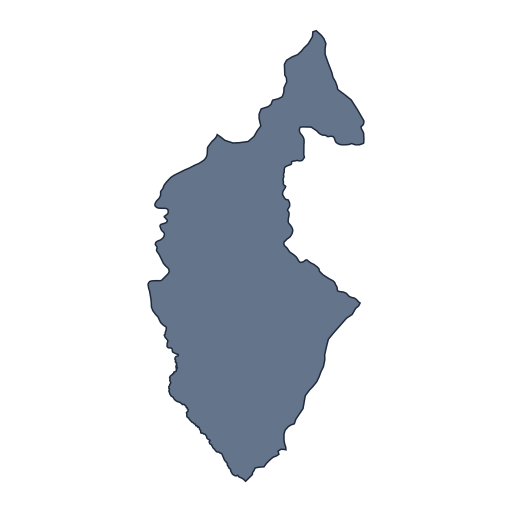 Guatapé, Antioquia, Colombia (orthographic projection)
{"feature_id": "7082276B10877531566234", "entity_name": "Guatapé", "entity_type": "district", "adm_level": 2, "iso_a3": "COL", "parent_name": "Colombia", "parent_adm1": "Antioquia", "projection": "orthographic", "projection_center": [-75.163, 6.253], "detail": "fine", "context": "isolated", "style": "filled", "palette": "slate", "viewbox_px": 512, "rotation_deg": 0, "n_neighbors": 0, "source": "geoboundaries", "source_scale": "gbopen_adm2", "svg_char_len": 6066}
<svg xmlns="http://www.w3.org/2000/svg" viewBox="0 0 512 512"><path d="M363.9,120.9L357.3,109.5L351.2,99.9L344.3,94.4L337.7,89.5L337.1,86.2L335.5,81.8L333.0,77.4L331.8,72.5L327.9,62.3L325.1,54.3L325.1,48.6L325.9,43.6L323.9,38.7L321.4,35.4L316.2,30.7L312.9,31.8L312.4,36.8L308.1,44.0L304.3,47.6L301.3,51.2L297.7,54.6L292.3,56.8L286.6,60.2L284.4,64.3L284.8,75.1L286.4,77.8L286.7,81.9L284.0,87.7L283.8,92.4L282.2,96.8L278.1,98.8L272.6,100.2L271.0,104.4L268.3,106.6L261.2,108.9L259.1,114.1L259.1,118.5L260.8,126.0L257.3,130.7L254.0,136.5L248.1,141.5L239.3,142.7L233.0,143.0L224.8,140.3L220.7,137.0L217.2,134.6L216.6,136.2L216.2,137.0L214.3,139.4L212.5,140.9L211.6,141.9L207.9,146.9L207.5,147.9L207.2,154.0L206.9,155.3L206.2,157.3L205.3,158.6L203.8,160.3L199.0,163.4L194.8,165.2L189.0,168.2L184.9,169.9L175.8,174.4L173.7,175.5L170.8,177.5L166.5,182.0L164.6,184.5L163.9,185.7L162.8,188.7L160.7,191.4L160.6,192.2L160.6,195.0L160.2,196.3L159.3,198.1L156.6,200.9L155.1,203.5L154.9,204.4L155.0,205.8L156.5,207.3L158.0,208.0L159.4,208.2L165.9,208.4L167.5,209.1L168.0,209.8L168.2,212.1L168.0,213.1L167.6,213.9L164.3,216.4L164.2,216.8L167.2,220.1L167.2,221.3L166.4,222.4L165.7,222.9L160.9,224.4L160.1,225.3L160.0,226.4L161.2,229.7L162.2,231.0L163.8,232.5L164.1,233.1L164.4,234.0L164.4,234.9L163.9,236.3L163.3,237.6L161.4,239.3L160.2,240.1L158.2,240.8L156.5,241.7L155.6,242.8L155.3,244.0L155.4,244.7L157.1,247.2L157.1,247.8L156.5,249.9L156.7,250.9L159.3,254.8L163.5,263.5L165.6,265.9L168.1,268.2L168.8,269.4L169.2,271.3L168.7,272.8L167.8,274.1L161.6,280.3L160.3,280.7L154.1,280.7L151.2,281.0L150.4,281.3L149.6,281.6L148.4,283.2L148.1,284.2L148.1,285.3L148.8,288.9L149.5,290.7L150.9,298.9L151.3,303.0L151.4,306.8L152.8,310.6L155.6,314.4L158.0,316.9L160.0,321.3L160.8,322.7L162.7,324.6L164.4,325.9L165.5,326.5L166.3,327.3L166.2,329.7L165.2,332.7L165.3,334.0L164.2,335.1L165.4,337.8L166.3,338.5L167.9,340.8L167.1,343.8L167.1,346.6L167.9,347.5L168.9,347.9L170.9,348.0L171.4,348.2L172.1,349.0L172.5,351.7L172.7,352.0L173.8,352.7L177.1,354.2L178.1,354.4L178.3,354.7L178.2,355.5L177.9,356.0L176.3,356.4L175.6,357.0L175.2,357.6L175.0,358.4L175.0,359.5L175.7,360.2L175.3,361.7L175.6,362.2L176.5,362.7L176.6,363.0L176.3,363.6L176.3,364.1L176.7,364.6L176.8,365.1L176.0,366.0L175.9,366.6L176.1,366.9L177.0,367.0L177.3,367.6L177.1,368.0L176.2,368.2L176.7,369.0L176.7,369.5L176.2,369.9L176.3,371.1L174.9,371.8L174.0,372.0L173.8,372.4L173.7,373.5L172.6,373.9L172.4,374.5L170.5,375.9L169.6,377.4L169.6,377.7L170.0,378.6L169.8,380.7L170.6,382.1L170.7,383.0L169.8,384.5L169.4,385.9L168.9,386.5L168.8,388.1L169.5,389.1L169.4,389.7L169.0,390.3L168.9,391.3L169.3,392.0L169.8,393.9L171.1,396.0L173.1,397.2L174.2,399.1L175.1,400.1L176.5,401.1L177.7,401.7L179.8,402.3L181.6,403.6L182.3,404.5L183.0,404.6L183.4,404.3L184.2,404.4L185.3,405.7L186.2,406.4L186.3,407.4L187.2,407.7L187.2,408.8L188.1,409.4L188.2,409.9L188.1,410.9L186.5,412.5L186.5,413.0L186.8,413.7L186.8,416.1L187.1,417.0L188.8,418.3L189.4,419.4L192.0,422.2L193.3,422.8L194.3,423.9L195.2,424.1L195.5,424.7L195.8,425.7L197.1,425.9L197.5,426.8L197.9,427.3L198.3,427.2L198.5,427.0L199.4,427.9L199.5,429.3L200.6,430.5L200.7,432.5L200.9,432.9L201.5,433.2L202.7,433.2L203.7,434.0L205.0,434.2L205.5,434.6L206.0,435.6L206.6,436.3L206.8,437.8L207.0,438.2L208.1,439.2L210.1,440.3L209.2,441.7L209.3,442.5L209.9,443.8L211.5,444.8L212.8,447.4L213.5,448.4L214.8,449.4L215.4,450.6L216.9,451.9L219.0,452.2L220.2,453.1L221.2,453.4L222.0,454.1L224.4,459.9L227.3,463.5L227.4,465.3L228.5,466.8L228.9,468.0L229.8,468.6L230.5,469.4L230.9,471.3L232.4,474.0L233.3,474.8L235.1,475.7L236.3,475.9L237.0,475.7L237.7,475.3L239.1,477.0L242.2,478.3L244.2,479.8L245.2,481.0L245.6,481.3L252.4,474.5L252.5,472.6L253.9,470.7L255.2,467.9L259.6,467.1L264.0,466.8L266.4,463.4L269.7,460.1L272.9,457.3L276.5,455.9L278.9,454.3L278.1,451.2L280.8,449.3L283.3,449.3L286.0,449.8L285.7,447.0L284.6,443.7L284.0,440.2L284.0,434.1L285.1,430.2L288.3,426.6L291.0,424.9L294.3,423.8L295.9,419.1L303.0,408.6L305.3,395.6L309.7,389.8L312.9,386.5L316.7,381.8L319.1,376.8L321.0,371.5L323.4,366.8L324.8,359.9L324.7,354.7L326.8,345.3L328.4,339.2L333.8,332.6L346.6,318.1L352.1,314.5L355.6,308.4L358.6,306.0L360.1,303.0L358.7,302.0L357.0,300.1L355.3,298.6L354.4,298.1L351.4,297.4L349.8,296.7L348.8,296.1L347.0,294.0L346.1,293.2L343.6,292.1L338.9,291.4L338.0,291.1L337.4,290.3L337.1,287.7L336.7,286.4L335.6,284.8L334.9,282.9L334.2,281.9L333.0,280.8L329.2,278.8L323.0,274.8L319.7,271.5L319.3,270.7L318.9,268.7L317.1,266.8L313.7,264.3L311.5,263.3L309.6,262.1L306.9,259.9L305.7,260.0L303.8,261.5L302.6,262.0L300.8,262.4L299.8,262.1L298.7,261.0L297.2,258.3L295.9,256.6L293.9,254.9L289.6,251.9L287.0,248.0L284.6,245.8L284.0,244.7L283.9,242.9L284.0,242.1L284.4,241.5L285.5,240.8L286.7,239.3L289.8,237.1L290.3,236.5L292.1,233.6L292.8,230.7L292.6,229.4L291.8,227.2L290.3,225.0L288.8,223.4L288.2,222.0L288.2,219.6L289.0,215.4L289.1,213.7L288.9,212.4L287.4,210.1L289.6,206.3L289.7,205.2L289.6,203.1L288.3,200.1L288.0,199.8L285.6,199.4L284.3,197.7L282.8,195.0L282.6,194.4L282.7,192.4L283.2,191.0L285.4,187.4L285.7,186.4L285.2,185.9L284.3,185.5L283.6,184.5L283.4,183.8L283.4,181.3L282.9,179.7L283.8,176.7L283.8,175.9L283.4,174.5L284.2,172.3L284.3,169.0L284.7,167.6L285.3,166.9L286.8,166.0L290.9,164.5L291.5,163.8L291.5,162.0L292.5,161.2L295.2,160.9L296.9,160.4L299.4,160.9L301.7,160.6L302.4,160.2L304.4,157.4L304.4,157.0L303.8,155.0L303.9,144.3L304.1,142.8L304.0,139.5L303.5,137.8L302.9,136.7L302.0,135.3L300.3,133.3L299.6,131.7L299.4,130.9L299.5,128.7L300.1,127.5L300.5,127.1L303.2,126.9L311.2,127.1L316.7,130.8L319.0,133.2L320.1,134.0L321.5,134.7L322.9,135.2L325.1,135.2L326.1,135.6L327.6,136.6L328.7,136.6L330.6,136.2L332.4,136.4L333.1,136.7L334.2,137.8L335.5,141.5L336.3,142.6L338.3,143.9L340.1,144.5L341.8,144.8L345.6,144.8L348.8,144.5L350.1,144.1L351.2,143.6L351.7,143.6L353.1,144.0L355.3,144.8L359.4,144.8L362.8,143.6L363.7,143.0L363.9,139.0L363.6,133.3L363.2,132.1L361.3,128.5L361.1,127.5L361.2,126.4L362.5,125.5L363.4,124.3L363.8,122.7L363.9,120.9Z" fill="#64748b" stroke="#1e293b" stroke-width="1.5"/></svg>